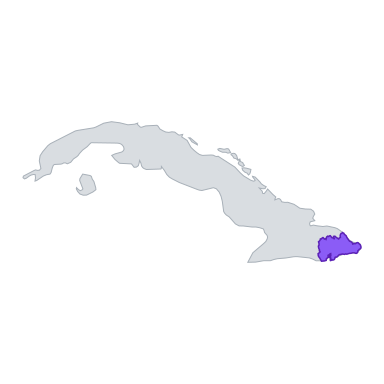 Guantánamo highlighted on a map of Cuba
{"feature_id": "CUB-1365", "entity_name": "Guantánamo", "entity_type": "Province", "adm_level": 1, "iso_a3": "CUB", "parent_name": "Cuba", "parent_adm1": "", "projection": "equal_earth", "projection_center": [-75.006, 20.219], "detail": "fine", "context": "in_parent", "style": "filled", "palette": "violet", "viewbox_px": 384, "rotation_deg": 0, "n_neighbors": 0, "source": "natural_earth", "source_scale": "10m", "svg_char_len": 6457}
<svg xmlns="http://www.w3.org/2000/svg" viewBox="0 0 384 384"><path d="M119.8,122.8L127.9,124.8L134.6,124.2L137.7,123.1L137.4,124.3L140.3,127.1L141.4,127.3L145.7,125.9L156.9,125.3L158.0,126.1L159.9,129.0L162.8,130.7L165.7,132.0L168.8,132.4L171.9,131.8L174.8,132.1L178.3,134.8L179.5,135.1L182.7,134.4L181.7,136.9L187.1,140.4L191.0,147.4L193.9,150.2L197.0,152.8L199.5,154.5L202.4,155.4L211.2,155.0L213.3,155.2L215.2,156.2L217.0,156.6L218.0,156.2L234.9,167.1L240.3,172.9L243.6,175.9L250.7,180.2L253.6,181.2L255.1,180.6L254.8,179.6L252.8,177.2L252.5,176.3L255.2,177.1L260.0,182.0L261.3,183.8L263.7,185.5L266.2,186.7L265.0,188.6L263.0,188.8L259.2,188.0L262.2,191.2L262.7,193.4L264.2,193.6L266.3,191.1L267.6,189.0L272.9,194.5L275.8,197.0L275.1,198.5L274.8,199.9L278.1,198.6L279.3,198.7L280.5,199.5L281.7,201.8L284.8,202.4L287.8,202.3L294.0,204.3L299.8,208.2L305.3,209.0L310.8,209.2L313.6,211.3L314.8,214.1L313.5,216.1L312.7,218.2L314.8,220.7L310.3,221.8L309.6,223.4L309.8,225.0L310.7,225.9L313.3,225.1L317.0,225.8L322.9,226.5L326.9,226.0L334.9,227.7L337.3,228.6L342.0,231.9L344.2,234.1L348.9,239.9L353.0,242.2L356.5,242.8L357.8,242.4L359.9,243.8L360.8,246.4L360.3,249.1L357.2,252.8L352.2,253.0L345.1,253.7L338.3,256.1L335.0,258.0L333.5,259.2L329.9,260.4L329.7,259.4L329.7,258.2L328.8,255.8L328.0,257.9L326.7,259.4L324.4,260.7L316.1,260.8L312.8,259.1L309.4,257.9L297.0,256.6L294.0,256.7L285.7,258.0L277.4,258.7L273.9,259.5L270.4,260.7L263.7,260.7L255.7,262.1L247.8,262.3L252.9,252.7L263.7,243.5L265.8,241.5L267.2,238.9L267.6,237.0L267.1,235.4L264.6,232.5L264.0,230.3L263.3,228.9L259.6,227.7L255.8,227.0L251.8,227.0L243.5,226.0L239.1,225.9L235.4,223.9L229.2,216.9L226.3,215.0L224.8,213.4L223.7,211.6L222.3,201.3L221.1,196.4L219.2,192.1L216.4,188.8L213.4,187.7L201.9,190.5L199.2,190.1L196.6,189.2L179.3,182.5L172.2,178.9L169.3,177.1L166.8,174.5L164.3,170.3L161.4,166.5L161.4,168.0L161.0,169.0L146.4,169.5L144.1,168.6L142.7,167.6L141.6,166.0L140.9,163.0L139.6,160.4L139.1,163.1L138.3,165.7L136.4,167.1L134.1,167.3L131.5,163.9L119.7,163.3L118.7,162.7L114.9,159.4L111.7,155.4L115.0,153.9L121.8,152.0L123.3,150.8L124.1,149.2L123.6,146.8L122.3,145.1L120.9,144.0L119.4,143.4L117.3,143.1L91.2,142.7L89.7,144.0L87.3,146.6L82.6,150.1L79.4,153.6L78.2,155.4L76.8,156.7L73.5,158.9L70.7,162.3L67.3,163.8L65.5,162.9L63.7,162.9L62.4,163.7L61.0,164.1L54.3,164.5L53.3,165.4L52.3,167.8L51.1,172.5L50.0,174.1L46.6,174.7L43.4,176.0L36.7,180.5L35.0,181.1L35.5,177.8L35.2,174.6L33.4,174.5L31.3,175.0L29.5,175.9L26.2,178.3L24.5,178.9L23.0,177.7L23.4,176.1L34.3,170.4L35.6,169.9L37.5,170.4L39.4,170.2L40.9,168.5L39.3,160.9L40.1,155.7L42.7,151.7L47.8,145.7L50.3,143.7L75.2,131.0L77.7,130.4L93.8,127.8L96.2,126.9L103.7,123.2L111.5,121.7L119.8,122.8ZM95.9,189.7L92.9,192.0L86.6,195.1L83.2,195.2L79.9,194.0L77.6,191.4L76.3,188.8L76.5,187.6L78.5,189.6L80.3,190.7L81.9,190.0L82.9,188.9L79.7,180.5L79.9,178.7L82.7,174.1L90.0,175.5L91.3,176.3L92.3,179.2L93.9,181.5L95.7,187.6L95.9,189.7ZM219.8,148.4L224.1,149.3L227.1,148.6L228.6,149.0L230.6,152.5L228.8,153.0L227.3,153.0L226.2,152.3L222.4,152.2L219.8,151.1L218.4,150.3L217.8,149.2L219.8,148.4ZM249.8,173.7L248.5,175.0L247.1,173.1L244.9,172.2L242.6,170.1L242.0,168.0L244.0,167.8L246.5,168.2L250.9,169.4L250.5,171.8L249.8,173.7ZM238.6,159.7L238.0,160.4L236.3,158.8L233.9,158.1L232.4,155.7L231.1,154.8L231.0,153.9L233.2,153.3L234.8,153.5L236.6,155.4L237.6,158.8L238.6,159.7ZM243.2,166.3L242.2,166.4L239.1,164.7L238.2,163.2L239.3,161.2L239.5,159.1L239.9,159.0L240.4,161.5L242.8,162.6L242.9,163.2L244.4,165.4L243.2,166.3ZM197.3,143.8L197.4,144.9L191.9,141.8L189.6,138.6L188.7,137.8L190.2,137.8L197.3,143.8Z" fill="#d9dde1" stroke="#a8b0b8" stroke-width="1"/><path d="M330.6,260.6L330.6,257.4L329.3,257.4L329.3,257.2L329.5,257.0L329.9,256.6L330.4,256.5L330.7,255.6L330.9,255.1L330.7,254.7L330.7,253.6L330.0,253.8L329.7,254.3L329.5,254.8L329.3,255.3L329.0,255.1L328.7,254.9L328.2,255.1L328.0,255.6L328.0,256.0L328.1,256.5L328.3,256.5L328.5,256.6L328.7,256.4L328.7,256.2L328.8,256.4L328.9,256.9L328.6,257.1L328.5,257.4L327.9,257.4L326.3,258.9L326.2,260.4L324.6,260.9L321.5,261.2L319.6,257.8L318.9,257.0L318.7,256.7L318.3,255.8L318.2,255.2L318.1,253.6L318.5,253.4L318.8,253.2L319.2,252.7L319.9,252.2L320.0,252.0L320.0,251.8L320.0,251.4L319.9,251.2L319.7,251.1L319.4,251.0L319.3,250.5L319.4,249.4L319.1,249.1L319.0,248.9L318.8,248.4L318.7,248.2L318.6,247.6L318.4,246.6L318.4,246.3L318.4,246.1L318.6,245.8L318.6,245.6L318.8,245.4L319.0,245.1L319.0,243.7L318.9,243.0L318.6,242.2L318.5,241.8L318.5,241.7L319.1,241.3L319.4,241.0L319.8,240.6L320.1,240.0L320.2,239.7L320.3,239.4L320.3,239.2L320.4,238.9L320.6,238.9L320.7,239.0L321.0,239.1L321.3,238.9L321.4,238.6L321.7,238.3L322.1,238.2L322.7,237.6L322.9,237.6L323.2,237.6L323.3,237.8L323.6,238.1L323.8,238.3L323.9,238.5L324.1,238.8L324.4,239.0L324.5,239.1L325.3,238.7L325.5,238.8L326.0,239.4L326.3,238.7L326.4,237.5L326.5,237.2L326.9,236.7L327.6,236.2L327.8,236.1L328.0,236.2L328.2,236.5L328.4,236.5L328.6,236.5L329.2,236.1L329.9,235.7L330.1,235.7L330.3,235.7L330.5,235.9L331.4,237.1L332.1,237.8L333.1,237.9L333.9,238.7L334.1,238.7L334.3,238.7L334.3,238.4L334.2,238.2L334.0,237.8L333.9,237.6L333.6,237.6L333.6,237.4L333.6,237.1L333.6,236.8L333.5,236.5L333.5,236.4L334.6,236.2L334.9,236.2L335.2,236.4L336.2,237.4L337.4,238.1L337.7,238.4L338.1,238.7L338.5,238.9L338.7,239.0L338.8,238.9L338.9,238.5L338.9,238.3L339.0,238.2L340.4,237.4L340.2,236.2L340.2,235.4L340.4,234.7L340.5,234.3L340.8,233.9L340.9,233.7L341.2,233.4L341.3,233.3L341.7,233.3L341.8,233.3L341.9,233.2L342.2,232.9L342.6,232.6L342.7,232.8L343.9,233.3L344.0,233.8L344.6,234.5L346.0,235.6L346.3,236.0L346.6,236.9L347.6,238.6L347.9,238.8L348.0,239.1L349.5,241.1L349.8,241.3L350.2,241.4L350.9,241.7L351.8,242.3L352.5,243.2L352.7,244.1L353.0,244.1L353.4,243.5L354.0,243.5L354.7,243.7L355.3,243.7L355.9,243.4L356.4,243.0L357.0,242.7L357.7,242.6L358.1,242.8L358.4,243.0L359.0,243.7L360.1,244.6L360.5,245.2L360.7,245.9L360.9,246.7L361.0,247.5L360.7,248.5L360.0,249.0L359.3,249.3L358.9,249.9L358.3,250.4L358.1,250.5L357.9,250.7L357.7,252.2L356.7,253.3L355.6,253.3L354.2,252.8L352.8,252.8L350.8,253.3L349.4,253.4L346.8,254.2L345.6,253.9L344.6,254.4L342.6,254.0L340.3,254.5L339.5,254.6L338.7,255.1L338.2,255.7L337.7,256.3L337.1,256.9L336.4,257.1L335.7,257.1L335.2,257.2L335.0,257.6L334.8,258.5L334.3,259.5L333.3,260.0L332.1,260.1L332.0,259.6L331.7,259.5L331.5,259.8L331.5,260.2L330.7,260.6L330.6,260.6Z" fill="#8b5cf6" stroke="#5b21b6" stroke-width="1.5"/></svg>